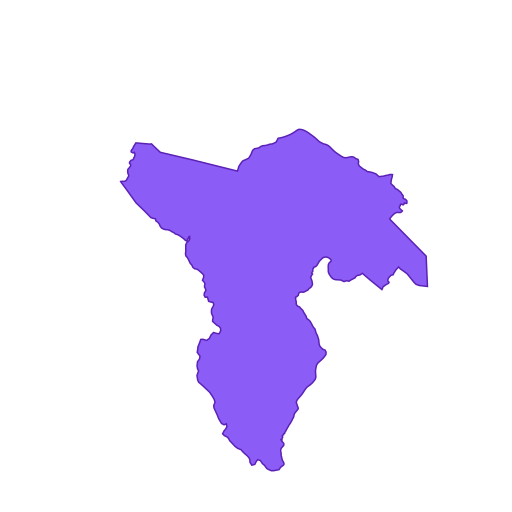 Manacapuru, Amazonas, Brazil (Mercator projection), rotated 224°
{"feature_id": "56859067B7943145025722", "entity_name": "Manacapuru", "entity_type": "district", "adm_level": 2, "iso_a3": "BRA", "parent_name": "Brazil", "parent_adm1": "Amazonas", "projection": "mercator", "projection_center": [-61.016, -3.277], "detail": "fine", "context": "isolated", "style": "filled", "palette": "violet", "viewbox_px": 512, "rotation_deg": 224, "n_neighbors": 0, "source": "geoboundaries", "source_scale": "gbopen_adm2", "svg_char_len": 6157}
<svg xmlns="http://www.w3.org/2000/svg" viewBox="0 0 512 512"><g transform="rotate(224 256 256)"><path d="M111.5,353.2L133.5,374.1L184.6,375.4L185.7,375.7L186.0,378.9L186.0,381.3L185.8,383.0L185.4,384.4L184.9,385.1L184.2,385.9L182.4,387.4L181.9,389.2L182.0,390.1L185.5,390.0L186.6,390.5L187.1,391.3L187.2,392.5L187.8,393.2L187.8,394.0L186.8,394.6L185.7,394.9L185.6,396.2L186.1,397.3L184.4,398.1L184.2,399.0L185.0,399.7L185.6,400.4L186.7,400.6L188.2,400.5L189.3,399.9L190.6,399.9L191.2,400.8L192.1,401.6L193.9,401.8L195.2,402.2L196.3,402.4L200.4,402.1L202.6,401.3L204.9,401.9L207.2,401.8L209.5,401.9L212.0,405.5L213.0,407.5L214.4,409.4L216.2,407.8L217.2,405.9L218.6,404.1L219.7,402.1L222.7,398.5L226.8,398.4L231.0,396.5L232.9,395.3L234.6,394.0L237.0,393.8L239.3,393.0L244.3,392.5L246.5,393.4L247.7,395.2L249.7,396.4L251.8,395.4L254.1,395.1L256.0,394.1L257.3,392.4L258.6,390.4L260.1,388.6L262.0,387.5L264.1,387.0L269.1,386.1L271.4,385.8L273.9,385.7L279.1,385.8L281.4,385.5L283.4,384.7L285.3,383.6L287.4,382.9L290.0,382.2L292.2,382.2L296.8,382.0L302.0,381.3L304.6,380.9L306.8,380.4L309.2,379.6L311.1,378.6L313.1,377.0L313.9,375.0L314.3,372.5L315.4,368.3L316.2,366.1L318.2,361.8L319.4,359.7L320.5,357.9L321.9,356.1L321.2,354.0L320.7,351.7L321.5,349.5L322.4,347.6L323.9,345.8L324.9,343.7L326.2,341.8L327.8,340.0L328.7,338.0L329.1,335.7L330.3,333.9L331.6,332.1L331.8,329.9L331.2,327.9L330.2,325.7L329.2,321.3L330.6,317.5L331.5,315.6L331.5,313.5L331.1,311.0L330.6,308.6L328.3,304.2L368.5,281.0L396.9,264.1L406.7,264.0L409.0,264.1L410.3,262.6L421.0,253.9L419.9,249.0L419.5,248.3L419.2,247.4L419.2,246.3L418.9,245.1L418.2,244.2L416.8,244.4L415.9,244.9L415.6,246.0L414.4,245.6L413.2,244.6L412.3,242.8L412.1,241.6L411.5,240.8L411.5,239.6L412.4,237.8L412.1,235.6L411.2,234.7L410.1,234.8L409.1,234.3L408.7,233.2L408.4,230.6L408.4,229.6L408.0,228.7L406.8,227.4L406.1,226.9L405.1,226.2L403.7,225.7L403.1,225.0L402.3,221.7L401.9,220.6L402.0,219.5L402.4,218.6L403.0,217.8L404.4,216.6L405.1,215.6L404.1,215.3L395.7,213.9L379.2,210.9L367.2,210.9L358.2,210.6L356.2,211.6L354.2,212.9L352.3,211.7L350.1,212.1L347.8,211.8L345.7,210.9L343.4,210.5L341.3,211.1L339.4,212.1L337.6,213.7L335.6,214.6L333.5,215.0L331.4,215.7L329.2,215.9L327.0,217.0L324.7,217.6L320.2,218.2L317.7,218.2L316.5,218.6L316.5,219.7L317.1,220.7L316.7,221.5L317.6,222.9L317.3,223.9L315.6,222.4L315.1,221.4L314.9,219.8L315.1,217.5L314.4,215.4L312.9,213.8L309.7,210.5L308.3,208.6L306.4,207.3L304.2,207.2L302.1,206.5L298.1,205.0L295.9,204.9L293.6,204.0L291.2,204.2L289.4,205.5L287.1,205.9L282.2,206.1L280.4,205.9L279.4,205.0L278.7,203.9L277.6,201.3L275.9,201.3L274.3,201.0L273.4,200.4L272.7,199.6L272.2,198.6L271.1,197.7L269.9,197.5L268.0,196.2L267.6,193.8L266.2,191.8L263.9,191.0L262.4,192.7L258.6,190.5L256.5,191.5L254.6,192.8L252.6,191.7L251.7,189.7L251.3,187.6L250.1,185.7L248.6,184.2L246.5,183.1L244.4,182.4L243.2,180.5L241.8,178.8L236.1,179.0L233.7,179.7L231.6,179.5L229.6,178.0L228.5,174.5L230.4,173.0L233.4,171.5L233.5,168.1L232.3,164.3L232.9,161.0L236.4,159.2L237.8,157.6L236.7,155.3L234.6,150.2L233.2,148.5L231.3,145.8L226.8,145.1L225.1,142.7L224.6,139.3L222.3,136.2L220.0,134.4L217.5,133.4L215.5,129.1L212.0,126.4L209.7,125.4L204.0,125.7L194.7,125.8L190.4,124.9L186.4,123.8L183.9,122.3L182.4,118.9L180.4,117.4L174.1,115.0L169.7,113.0L164.5,111.6L161.7,112.4L160.8,114.6L158.3,113.0L157.6,110.2L157.5,108.0L156.5,104.9L154.0,104.8L151.3,105.7L149.1,105.7L146.7,104.9L138.7,104.5L135.6,104.9L132.1,106.3L129.8,106.0L126.5,106.0L123.4,106.2L121.0,106.0L118.8,105.1L117.0,103.4L113.7,102.6L112.1,105.3L113.1,108.4L113.3,110.7L110.7,111.9L107.2,111.1L104.5,111.3L100.6,110.6L98.4,111.2L95.8,112.2L94.0,114.0L91.0,118.4L91.5,120.8L91.5,121.8L91.1,123.7L91.0,124.7L91.3,125.8L92.4,126.6L94.5,127.2L96.4,128.1L98.1,129.3L99.1,129.8L100.0,130.6L100.6,131.3L101.4,131.9L102.2,132.4L103.1,133.2L103.9,134.2L104.3,135.5L104.4,136.7L104.4,138.0L104.6,139.2L105.4,140.2L106.2,140.5L109.5,140.9L110.4,141.3L109.7,141.9L110.4,142.5L110.7,143.8L111.2,144.4L112.1,144.7L112.3,145.7L112.0,146.6L112.5,147.3L112.2,148.3L112.7,149.1L113.1,151.1L113.8,153.4L114.4,156.0L114.8,157.2L115.1,159.5L115.6,161.3L115.8,162.2L116.5,164.1L116.7,165.3L117.2,166.6L118.3,168.2L118.6,168.9L118.9,169.7L119.1,171.6L119.2,173.4L119.4,175.0L119.8,175.8L120.8,176.4L122.1,176.9L123.1,177.5L124.3,178.1L125.6,178.9L126.5,181.5L126.8,187.5L127.1,189.8L128.0,194.5L128.2,196.8L127.9,199.0L127.5,201.2L127.3,203.8L127.5,206.4L127.8,208.6L128.9,210.6L132.4,213.7L134.0,215.4L136.7,219.6L137.1,221.9L137.0,224.2L136.8,226.5L136.7,229.1L136.9,231.4L137.2,233.6L138.7,235.5L140.8,236.3L143.0,235.4L145.1,235.3L147.4,235.5L149.4,236.5L152.8,239.4L156.9,241.6L159.0,242.2L163.0,244.5L165.2,244.6L171.5,246.6L173.8,246.7L176.0,246.3L178.1,247.5L182.5,248.6L184.6,249.4L187.0,249.4L189.3,249.6L191.4,248.8L193.5,249.2L195.1,250.9L197.0,252.1L198.9,253.8L198.4,255.1L198.4,256.0L198.2,257.0L198.9,258.0L199.4,259.0L199.2,260.3L198.5,261.5L197.5,262.2L196.5,263.2L195.8,265.2L195.7,266.1L195.2,266.8L195.0,268.1L195.3,269.5L194.9,270.7L194.8,271.7L195.0,272.9L195.2,273.8L195.7,274.8L196.3,275.4L198.5,277.0L201.9,278.6L202.6,280.9L202.8,282.3L203.7,282.3L204.3,282.9L204.5,284.4L205.2,285.1L206.1,286.2L206.1,287.2L206.7,288.0L205.9,289.4L205.6,290.7L205.8,292.2L206.7,295.9L206.8,297.1L206.7,300.7L206.4,301.8L205.6,303.3L205.0,303.8L203.9,304.6L202.6,305.1L201.7,305.3L200.5,305.4L199.1,305.3L198.4,304.6L198.6,302.1L198.1,300.3L196.9,298.7L195.0,296.9L193.6,295.4L192.8,294.7L191.9,294.3L190.5,293.7L187.1,293.0L185.7,293.0L184.7,293.1L183.5,293.6L182.5,294.1L178.7,297.3L177.9,297.8L175.4,298.5L174.6,299.2L174.2,300.2L173.5,301.3L171.5,302.5L171.3,304.0L169.6,309.1L169.9,310.4L169.9,311.4L169.3,312.9L168.5,313.9L167.9,315.0L167.5,317.4L157.3,318.0L142.1,319.3L142.4,320.3L143.2,322.0L143.1,323.0L142.8,324.0L142.7,325.1L142.1,327.2L141.7,328.4L142.1,329.6L143.6,329.5L144.6,330.5L145.2,331.6L145.4,332.5L145.5,333.7L145.4,336.1L144.7,337.1L144.3,337.8L145.2,340.1L145.2,340.9L145.7,343.0L145.8,347.1L142.9,347.0L140.8,347.4L135.0,348.2L123.9,346.8L121.2,346.8L118.2,348.1L111.5,353.2Z" fill="#8b5cf6" stroke="#5b21b6" stroke-width="1.5"/></g></svg>